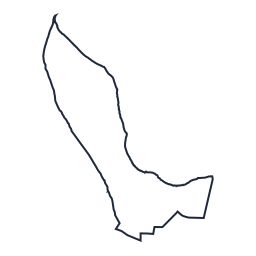 the district of Kota Dumai, Riau, Indonesia
{"feature_id": "22746128B18875576502901", "entity_name": "Kota Dumai", "entity_type": "district", "adm_level": 2, "iso_a3": "IDN", "parent_name": "Indonesia", "parent_adm1": "Riau", "projection": "robinson", "projection_center": [101.324, 1.853], "detail": "fine", "context": "isolated", "style": "outline", "palette": "slate", "viewbox_px": 256, "rotation_deg": 0, "n_neighbors": 0, "source": "geoboundaries", "source_scale": "gbopen_adm2", "svg_char_len": 5509}
<svg xmlns="http://www.w3.org/2000/svg" viewBox="0 0 256 256"><path d="M212.2,176.3L211.3,176.3L211.0,176.4L210.7,176.3L210.4,176.3L210.1,176.4L208.7,176.5L207.1,177.1L206.6,177.1L205.3,177.6L204.7,177.7L200.9,177.9L200.1,178.0L199.8,178.0L198.4,178.0L197.6,178.1L197.3,178.7L196.8,179.1L195.0,179.4L194.7,179.6L193.1,179.8L192.3,180.2L192.1,180.4L191.5,180.5L190.8,180.9L190.5,181.0L190.3,181.1L190.1,181.4L189.2,182.0L188.8,182.5L188.5,182.7L187.9,182.9L187.6,183.1L187.2,183.1L186.9,183.5L185.8,184.2L184.9,184.7L183.2,184.8L182.9,185.2L181.1,185.2L180.2,185.5L178.8,185.6L178.7,185.5L177.9,185.6L177.7,185.7L177.4,185.6L177.1,185.6L176.9,185.8L176.8,185.6L176.2,185.6L175.8,185.8L175.2,185.7L174.8,185.4L173.9,185.5L173.5,185.7L173.2,185.5L172.4,185.4L172.0,185.0L171.0,184.7L170.9,184.6L170.7,184.7L170.4,184.7L169.9,184.4L169.5,184.3L169.1,184.1L168.9,184.1L168.7,184.2L168.1,183.9L167.4,183.7L167.1,183.4L166.3,183.3L165.9,182.9L165.5,182.8L164.7,182.3L164.2,182.0L162.5,180.8L161.7,180.2L161.0,179.9L160.5,179.5L160.2,179.0L159.9,178.7L159.8,178.4L159.6,178.2L158.3,177.7L158.1,177.3L157.7,176.1L157.4,175.6L157.3,175.4L156.8,174.9L155.8,174.6L155.1,173.9L154.9,173.8L154.8,173.6L154.5,173.5L154.2,173.4L153.4,173.1L153.0,172.8L152.7,172.7L151.4,172.5L150.4,172.4L150.1,172.3L146.9,172.3L146.8,172.1L146.5,172.0L146.0,172.0L145.9,171.8L145.4,172.4L145.1,172.4L144.9,172.5L144.8,172.2L144.5,172.2L142.8,171.8L141.7,171.1L140.9,170.9L140.7,170.9L140.5,170.6L140.1,170.6L140.0,170.4L139.1,170.1L139.0,169.9L137.7,169.2L137.5,168.8L137.2,168.7L137.1,168.4L135.5,167.1L135.2,166.6L134.7,166.2L134.6,165.8L134.0,165.4L133.8,165.4L133.6,164.7L133.4,164.5L133.2,164.5L132.9,163.6L132.4,163.4L132.3,163.2L132.1,162.3L132.0,162.2L131.8,161.8L131.7,161.8L131.4,161.0L131.1,160.3L130.8,159.8L130.3,159.3L130.3,159.1L130.1,158.9L129.4,157.0L129.1,156.9L128.5,155.7L127.6,154.2L127.5,153.7L127.3,153.5L127.0,153.0L126.7,151.8L125.4,148.0L125.0,146.1L125.1,143.6L125.3,141.5L125.6,140.3L125.7,139.0L125.9,137.8L126.0,137.3L126.5,136.3L126.8,134.6L126.8,133.8L126.4,132.9L126.1,132.8L125.5,132.0L125.4,131.8L125.3,131.6L125.0,131.4L124.6,130.6L124.2,129.3L123.6,127.2L123.2,124.2L122.9,123.1L122.8,122.8L122.7,122.3L122.1,121.1L121.5,119.2L120.5,117.7L120.7,117.3L120.3,116.8L120.3,115.7L120.1,114.7L119.9,114.4L119.9,114.0L119.7,113.9L119.4,112.5L119.5,111.9L119.5,111.4L119.3,110.6L119.0,110.1L119.0,109.3L118.8,109.0L118.9,108.9L118.9,108.2L118.6,106.7L118.6,105.9L118.2,105.3L118.2,104.1L118.5,102.9L118.4,102.8L118.3,101.7L118.2,101.4L118.1,100.1L117.9,99.1L117.7,97.5L117.2,96.7L117.3,96.1L117.3,94.8L117.1,94.1L116.9,93.5L116.9,93.2L116.9,92.1L117.1,91.7L117.1,90.2L117.3,89.8L117.3,89.4L116.9,88.6L116.7,88.6L116.1,87.3L116.0,86.8L115.9,86.7L115.1,84.3L114.1,81.3L114.0,81.0L113.9,80.5L113.5,79.2L113.0,77.9L112.7,77.5L112.6,77.3L112.2,76.9L111.2,75.9L110.4,75.1L110.1,74.9L109.7,74.8L109.4,74.4L108.7,73.8L108.2,73.5L107.8,72.8L107.4,72.0L107.1,71.8L106.7,71.2L105.6,69.2L105.5,68.8L105.1,68.3L104.9,68.0L104.3,67.1L103.9,66.9L103.6,66.9L103.1,66.8L102.9,66.6L101.4,65.8L100.9,65.5L100.3,65.3L99.9,65.1L98.1,64.4L97.7,64.1L96.4,63.5L96.2,63.3L94.6,62.4L94.4,62.2L92.0,60.8L91.7,60.4L91.3,60.2L90.4,59.4L90.1,59.3L89.3,58.7L88.8,58.4L88.5,58.0L85.2,56.0L83.9,54.8L83.4,54.5L82.8,53.8L81.9,53.0L81.7,52.9L81.5,52.6L81.0,52.2L79.8,50.8L79.5,50.6L78.7,49.7L78.5,49.4L77.4,48.3L76.9,47.6L76.5,47.2L76.1,47.0L76.0,46.9L75.9,46.8L75.6,46.3L74.6,45.4L74.3,45.4L74.2,45.1L73.6,44.4L73.4,44.3L73.1,43.8L72.8,43.7L72.5,43.3L72.3,43.2L71.8,42.5L71.4,42.2L70.7,41.5L70.5,41.3L69.8,40.5L69.7,40.4L68.8,39.4L68.3,39.1L67.6,38.2L67.0,37.7L66.8,37.7L66.5,37.2L64.4,35.3L63.8,34.6L62.8,34.0L62.4,33.8L62.2,33.8L61.9,33.6L61.8,33.3L61.0,32.5L60.7,32.2L60.3,32.0L59.6,31.1L59.1,30.6L58.3,29.3L57.9,28.4L57.5,27.2L57.2,27.0L57.3,26.5L57.2,25.5L56.9,25.0L56.8,24.6L56.6,24.4L56.3,23.4L55.3,22.5L55.3,22.0L55.0,21.1L54.8,19.9L54.7,19.0L54.8,18.2L54.9,17.3L55.3,16.7L55.3,15.9L55.7,15.4L55.2,15.6L54.4,16.6L54.0,17.5L53.6,18.8L53.5,19.3L53.5,19.8L53.3,20.1L53.2,22.4L53.3,22.6L53.1,22.7L52.9,23.6L52.9,23.9L52.7,24.6L52.5,24.8L52.4,25.3L51.8,26.6L51.6,27.2L51.3,27.5L51.3,27.9L51.1,28.1L51.1,28.3L50.9,28.5L49.7,31.3L49.5,32.4L49.2,33.1L49.1,33.7L48.9,33.9L48.6,35.4L48.4,36.3L47.9,37.5L47.6,37.8L47.5,38.5L47.1,39.5L46.4,42.2L46.2,42.5L46.0,43.6L45.4,45.1L44.1,50.2L43.7,53.0L43.5,54.3L43.5,54.8L43.4,54.9L43.3,55.8L43.3,56.8L43.5,57.7L43.6,59.4L44.1,61.7L44.2,62.6L44.6,63.2L45.1,64.1L45.5,64.7L45.5,68.7L46.0,69.6L47.2,71.5L47.6,72.9L48.8,76.9L50.2,80.1L52.7,87.6L53.9,90.4L54.1,91.9L54.2,92.3L54.5,94.6L54.8,95.3L55.3,100.8L56.6,103.9L58.3,107.7L59.7,110.4L61.0,111.3L61.9,112.7L61.9,113.5L62.6,114.4L63.6,116.1L64.3,117.6L65.9,119.3L66.6,120.4L67.4,121.9L67.7,122.9L68.7,123.6L69.6,126.8L70.2,127.5L70.8,128.4L71.2,129.3L71.7,131.3L72.4,132.1L81.8,145.1L88.9,154.8L91.8,159.6L92.3,160.4L94.0,163.4L95.1,165.1L98.1,170.4L100.7,173.8L101.5,175.9L103.3,179.2L104.5,181.0L104.6,180.9L105.1,183.0L106.7,185.6L107.5,187.1L107.4,188.6L108.0,190.9L108.3,191.4L108.2,191.5L108.3,191.5L109.0,192.8L110.1,196.1L111.0,197.3L111.8,198.6L112.5,201.5L113.7,209.7L114.4,211.1L114.9,213.0L115.1,215.1L117.1,218.7L119.6,223.2L115.9,229.0L121.5,231.0L127.5,235.2L140.6,240.6L140.6,233.4L147.0,233.5L153.2,233.9L154.5,227.0L162.4,227.1L162.5,227.0L176.8,212.6L177.5,211.6L178.6,212.4L180.4,214.2L182.5,215.7L185.2,216.7L188.7,217.6L196.6,217.8L203.7,218.0L212.7,179.3L212.5,177.7L212.2,176.3Z" fill="none" stroke="#1e293b" stroke-width="2"/></svg>